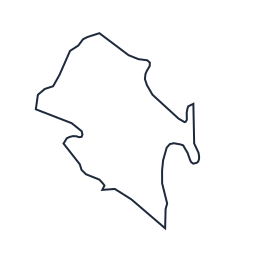 an SVG outline of Laško, rotated 222°
{"feature_id": "SVN-960", "entity_name": "Laško", "entity_type": "Municipality", "adm_level": 1, "iso_a3": "SVN", "parent_name": "Slovenia", "parent_adm1": "", "projection": "equal_earth", "projection_center": [15.244, 46.129], "detail": "fine", "context": "isolated", "style": "outline", "palette": "slate", "viewbox_px": 256, "rotation_deg": 222, "n_neighbors": 0, "source": "natural_earth", "source_scale": "10m", "svg_char_len": 939}
<svg xmlns="http://www.w3.org/2000/svg" viewBox="0 0 256 256"><g transform="rotate(222 128 128)"><path d="M214.4,121.5L222.7,146.6L220.1,156.0L220.8,163.9L218.9,168.7L212.7,179.3L176.3,182.5L166.4,186.1L159.0,191.2L155.5,191.2L153.3,188.5L152.3,183.3L151.2,179.9L148.2,175.7L142.6,172.5L132.1,169.1L96.7,168.8L89.9,170.2L89.3,171.4L89.8,173.5L94.8,178.9L96.9,182.4L97.7,184.5L95.6,189.7L68.5,160.8L59.1,156.8L56.4,154.7L54.5,152.6L53.4,150.1L53.6,148.2L55.6,145.2L58.4,144.9L61.3,146.2L66.9,149.3L75.4,152.0L77.8,151.0L83.7,147.4L86.1,144.1L86.1,139.3L80.3,127.5L74.3,119.3L65.6,109.7L48.4,98.1L45.8,92.9L33.3,78.3L77.7,77.2L97.0,73.9L105.7,64.8L107.0,69.5L109.4,70.0L114.7,70.5L128.3,65.5L134.5,65.8L139.6,68.8L165.5,73.3L166.6,79.4L165.5,82.1L163.6,85.0L161.0,87.2L158.1,88.5L156.6,90.4L157.5,92.7L160.2,94.6L173.1,93.9L209.0,80.2L217.2,92.4L216.0,101.3L211.6,108.9L214.4,121.5Z" fill="none" stroke="#1e293b" stroke-width="2"/></g></svg>